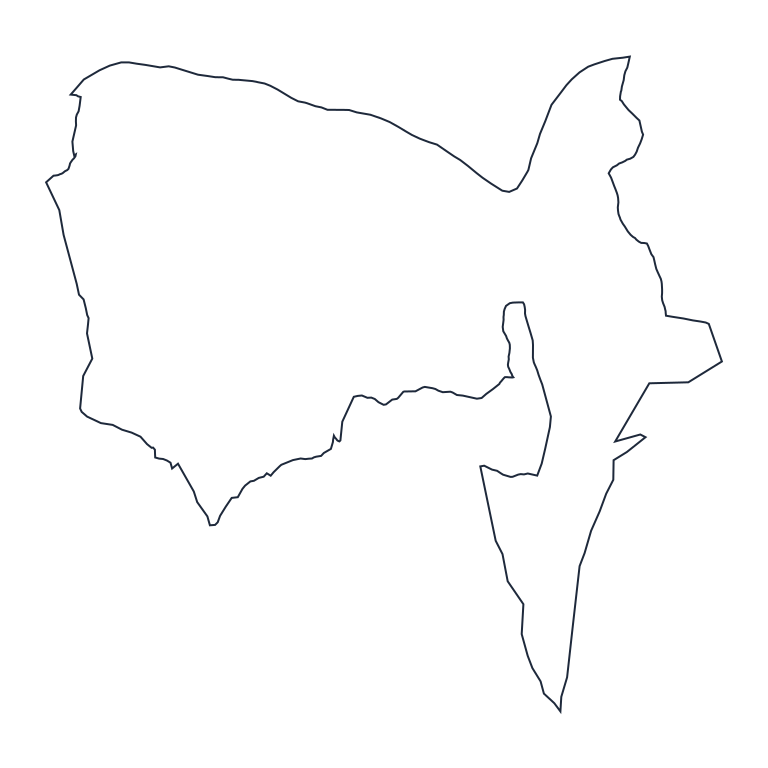 outline of Ideato North, Imo, Nigeria
{"feature_id": "59680162B2351853936587", "entity_name": "Ideato North", "entity_type": "district", "adm_level": 2, "iso_a3": "NGA", "parent_name": "Nigeria", "parent_adm1": "Imo", "projection": "equal_earth", "projection_center": [7.158, 5.852], "detail": "fine", "context": "isolated", "style": "outline", "palette": "slate", "viewbox_px": 768, "rotation_deg": 0, "n_neighbors": 0, "source": "geoboundaries", "source_scale": "gbopen_adm2", "svg_char_len": 5008}
<svg xmlns="http://www.w3.org/2000/svg" viewBox="0 0 768 768"><path d="M629.8,56.6L622.9,57.7L612.5,58.8L604.7,61.0L594.3,64.4L588.2,66.7L579.5,72.4L571.7,79.4L566.4,85.2L561.2,92.1L551.5,104.8L548.3,113.2L545.3,121.1L540.0,133.9L537.3,143.2L531.1,158.3L528.4,169.9L527.4,171.8L522.3,180.4L517.0,188.5L509.2,191.9L502.3,190.7L491.1,183.6L482.5,177.7L476.5,173.0L467.9,165.9L460.2,160.0L454.2,156.4L447.3,151.7L437.0,144.6L429.2,142.2L423.6,140.1L419.7,138.6L412.0,135.0L406.0,131.5L398.2,126.8L389.6,122.0L381.0,118.4L370.8,114.9L370.7,114.8L356.8,112.4L349.1,110.0L344.5,109.9L340.4,109.9L333.5,109.8L327.5,109.8L321.4,107.4L315.4,106.2L307.0,103.2L305.0,102.6L299.7,101.6L298.1,101.3L291.2,97.8L277.5,89.5L271.1,86.2L270.6,85.9L264.6,83.5L257.9,82.2L256.3,81.8L252.5,81.1L241.6,80.1L238.6,79.8L236.7,79.8L232.6,79.7L228.0,78.6L223.1,77.3L215.3,77.2L207.5,76.0L198.0,74.7L191.9,72.8L190.9,72.5L190.3,72.3L182.5,69.9L174.8,67.5L168.7,66.3L160.1,67.4L153.1,66.2L145.4,64.9L136.7,63.7L129.0,62.4L121.2,62.4L109.8,65.6L99.5,70.3L83.8,79.5L76.8,87.6L70.7,94.6L76.4,95.2L78.0,96.3L80.7,97.0L79.6,105.8L78.6,111.3L76.8,114.6L76.0,117.5L75.9,121.5L76.1,125.2L75.9,126.3L72.4,141.6L73.2,151.1L74.2,155.5L75.8,154.4L75.4,156.3L74.0,158.3L72.4,159.9L71.8,160.8L70.6,162.5L70.0,163.6L69.6,165.5L68.8,167.9L68.4,169.0L67.7,169.6L67.2,170.1L65.0,171.2L62.7,173.1L61.6,173.7L59.7,174.3L58.6,174.9L57.5,175.2L55.5,175.5L53.5,175.7L46.1,182.3L59.3,210.1L63.6,234.9L76.7,283.8L79.0,294.7L83.6,299.4L85.8,308.2L87.2,315.1L88.6,318.1L88.0,324.5L87.0,333.4L92.3,358.6L83.2,376.0L80.1,408.5L81.7,411.9L87.1,416.6L100.9,423.1L112.7,424.9L122.0,429.7L131.6,432.6L140.5,436.7L147.1,444.2L151.6,447.8L153.1,447.6L154.9,449.7L155.0,453.2L155.2,457.5L159.1,458.6L163.1,459.0L166.9,460.5L170.5,462.7L172.1,468.5L178.0,463.7L193.8,491.5L197.2,502.1L207.4,516.4L209.9,525.3L215.1,524.9L217.7,522.3L220.1,515.8L225.8,506.6L231.7,497.9L237.8,497.2L242.5,488.8L245.1,485.6L250.4,481.4L253.9,480.8L258.8,477.9L263.7,476.7L266.8,473.3L270.7,475.7L273.6,472.2L279.7,466.2L281.3,464.8L292.9,460.1L300.6,458.5L305.3,459.1L308.8,458.7L312.0,458.5L313.8,457.4L316.1,456.7L321.1,455.9L323.8,453.0L330.9,448.9L332.9,442.1L333.1,439.8L333.9,435.7L334.8,437.4L336.2,438.9L337.2,440.3L338.3,441.0L339.4,441.4L340.4,440.4L342.3,421.7L353.8,396.8L357.8,395.9L361.9,395.5L367.4,397.8L371.3,397.6L374.8,399.0L378.5,402.2L383.6,404.8L386.0,404.4L392.2,399.6L396.8,398.9L398.2,397.8L403.3,391.8L404.3,391.5L415.5,391.3L422.6,387.5L424.8,386.9L432.5,388.2L435.4,389.0L438.4,390.7L442.8,392.2L450.4,391.7L452.6,392.5L456.9,395.0L462.8,395.6L476.9,398.7L481.6,398.0L486.3,393.9L492.9,389.1L499.3,384.0L500.0,382.6L501.4,381.1L502.6,379.6L503.8,378.2L504.8,377.2L505.6,377.1L506.7,377.1L508.6,377.3L510.1,377.4L512.4,377.5L513.3,377.3L512.7,376.5L512.1,375.3L511.7,374.0L510.4,371.9L509.3,369.1L508.2,366.8L507.9,364.8L508.2,362.6L508.8,359.3L508.6,356.6L509.4,352.9L509.9,348.4L509.8,344.8L509.3,342.8L508.0,340.5L506.9,338.4L506.1,336.0L504.5,333.3L503.3,331.3L502.7,326.9L503.1,323.8L503.6,319.8L503.5,317.0L503.8,314.9L503.9,311.6L504.6,309.1L506.0,305.9L509.8,303.2L512.9,302.6L518.7,302.4L522.9,302.4L524.1,304.3L524.7,307.0L525.1,309.9L525.0,313.5L525.5,316.2L527.0,321.3L528.8,327.3L530.5,332.8L532.7,340.4L533.0,345.0L532.9,357.6L533.8,362.3L534.6,364.3L535.8,366.9L537.2,370.3L538.6,374.9L540.4,379.8L542.2,384.4L550.9,416.5L549.9,427.1L545.2,448.7L541.7,463.6L537.2,475.6L527.8,473.5L524.0,474.4L520.7,474.1L518.2,474.6L512.6,476.8L510.5,476.9L503.1,474.7L501.0,473.4L497.1,470.8L492.0,469.6L484.2,465.7L480.3,466.4L495.7,540.8L502.5,554.1L507.7,581.3L523.4,604.2L521.7,634.1L527.7,655.8L532.4,668.1L540.6,681.4L543.9,693.6L554.3,703.2L560.4,711.4L561.3,696.8L567.1,677.3L572.6,627.8L579.6,566.1L584.6,553.1L591.1,530.8L599.7,511.3L606.2,493.7L613.3,479.8L613.6,460.2L626.9,452.0L645.5,437.2L640.3,434.5L615.2,441.5L649.3,383.3L688.3,382.3L721.9,361.5L708.8,323.9L705.7,322.5L700.3,321.5L692.9,320.4L683.5,318.5L672.5,316.8L666.0,315.7L665.7,313.0L665.6,311.1L665.1,309.2L664.6,306.9L663.1,303.2L662.2,300.3L661.8,296.6L662.1,293.1L662.1,289.3L661.8,283.8L661.5,281.5L660.8,278.8L659.7,276.5L657.6,271.9L656.3,268.9L655.1,264.1L654.4,260.9L653.5,257.1L651.4,254.3L649.5,249.5L648.2,246.0L646.9,243.5L644.2,243.0L641.2,242.9L638.8,241.6L636.3,239.6L635.1,238.1L633.0,236.9L630.6,234.8L627.8,231.4L624.8,226.5L622.8,223.7L620.5,219.6L619.9,217.6L619.3,216.2L618.5,214.0L618.0,210.5L617.8,207.4L618.4,202.4L618.1,198.0L617.6,195.3L616.9,193.0L615.4,189.0L614.1,185.8L612.9,182.5L611.1,177.7L608.7,173.3L609.8,171.4L610.9,169.5L612.9,167.3L616.9,165.3L619.1,163.5L622.2,162.4L625.4,160.8L626.7,159.7L630.2,158.7L633.4,156.9L635.1,154.6L636.7,151.6L638.0,147.7L640.1,143.4L641.7,139.2L643.1,134.6L641.9,131.7L639.4,120.5L636.7,118.0L632.3,113.6L628.5,110.0L623.9,104.4L621.8,101.1L620.0,99.7L620.1,96.3L620.9,91.5L621.3,90.7L621.9,86.5L623.7,80.1L624.3,75.2L625.4,71.3L627.3,67.6L628.2,63.8L629.8,56.6Z" fill="none" stroke="#1e293b" stroke-width="2"/></svg>